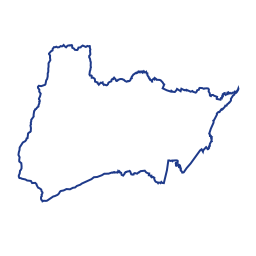 the district of Kui Buri, Prachuap Khiri Khan, Thailand, rotated 4°
{"feature_id": "78962969B26279095645158", "entity_name": "Kui Buri", "entity_type": "district", "adm_level": 2, "iso_a3": "THA", "parent_name": "Thailand", "parent_adm1": "Prachuap Khiri Khan", "projection": "equal_earth", "projection_center": [99.804, 12.111], "detail": "fine", "context": "isolated", "style": "outline", "palette": "blue", "viewbox_px": 256, "rotation_deg": 4, "n_neighbors": 0, "source": "geoboundaries", "source_scale": "gbopen_adm2", "svg_char_len": 5718}
<svg xmlns="http://www.w3.org/2000/svg" viewBox="0 0 256 256"><g transform="rotate(4 128 128)"><path d="M235.3,80.9L235.0,82.0L233.5,84.5L231.9,84.2L231.4,85.3L229.7,85.5L229.3,86.1L228.4,86.4L227.5,85.9L226.9,86.4L225.5,85.3L224.9,85.9L225.0,86.6L224.6,86.4L224.5,87.4L223.5,87.7L223.1,88.2L222.1,87.5L222.0,86.4L221.6,86.5L220.3,87.6L220.6,88.2L220.3,88.8L220.4,89.5L219.8,89.4L219.8,90.6L219.6,90.7L219.5,91.9L218.6,91.8L218.3,93.3L214.5,92.8L214.4,92.4L214.7,90.7L211.6,89.8L210.5,89.1L209.2,89.3L208.5,90.4L207.6,90.0L207.3,89.3L207.3,88.3L206.8,87.1L205.9,86.0L206.0,84.0L205.4,83.1L204.1,82.9L201.6,83.2L201.0,83.6L199.2,83.0L196.8,83.0L196.3,83.4L196.0,84.9L194.4,85.5L194.0,86.9L193.1,88.0L190.3,87.3L189.7,86.6L188.0,87.4L183.8,85.9L183.7,86.5L182.1,86.1L181.6,86.4L178.5,85.1L177.9,87.6L174.2,85.6L173.6,87.0L172.2,88.8L169.5,88.7L169.4,88.3L168.6,87.8L168.2,88.7L164.2,87.7L159.8,86.0L161.1,82.0L160.2,81.4L159.5,80.2L157.2,78.1L155.9,77.8L153.2,77.9L152.7,77.2L151.3,76.3L151.0,77.6L150.2,77.0L149.1,78.1L148.6,78.9L148.8,80.0L148.6,80.0L148.2,79.1L146.8,78.1L146.6,78.3L146.3,78.0L146.2,77.2L145.9,77.2L145.2,76.4L145.0,75.4L144.4,75.0L143.7,74.0L143.5,72.2L142.9,72.2L142.9,71.8L142.4,71.3L142.2,70.7L141.6,71.2L140.9,71.4L139.9,70.3L139.7,70.6L139.2,70.5L139.2,71.1L138.8,71.9L138.1,71.5L138.0,71.1L137.3,71.1L137.0,70.7L136.5,71.1L135.6,71.0L135.6,71.3L135.2,71.0L135.1,71.4L134.2,71.2L133.8,72.1L133.0,72.1L133.1,72.5L132.6,72.8L131.6,72.7L130.5,73.8L129.8,74.1L128.1,76.8L128.3,78.0L127.7,78.1L127.4,78.5L127.3,79.2L126.8,80.4L126.1,81.1L125.1,81.1L124.7,81.5L124.3,81.3L123.4,81.9L121.8,81.3L120.5,80.2L120.0,80.2L119.2,79.7L117.5,79.6L116.0,80.0L115.2,80.6L114.8,80.6L114.0,81.7L113.4,81.9L112.8,81.6L112.3,80.4L110.6,78.7L109.8,79.7L109.8,80.3L108.9,80.3L108.3,80.9L108.1,82.6L106.2,83.5L105.3,84.3L105.0,85.6L104.1,86.7L103.5,86.9L101.4,86.3L100.9,86.7L99.8,85.5L99.5,84.3L98.5,84.9L97.6,84.7L95.9,86.8L95.4,86.1L94.7,85.8L94.5,84.7L91.9,84.0L91.7,82.4L91.3,81.2L89.6,80.2L88.3,80.4L88.1,78.4L87.5,78.1L86.4,78.3L85.8,77.3L86.0,74.0L86.4,72.6L86.5,70.7L86.8,70.1L86.4,68.6L86.3,64.8L85.9,64.3L85.3,61.7L84.3,60.0L84.3,58.7L84.8,58.3L85.3,57.0L84.7,53.4L85.0,52.5L84.4,50.7L84.2,49.0L83.7,48.9L82.7,49.3L81.7,49.0L80.3,50.1L77.1,48.9L75.7,50.0L75.1,50.9L73.0,51.2L72.3,53.4L71.8,53.8L69.6,53.7L68.5,52.5L66.8,51.8L66.5,49.6L66.1,49.2L65.2,49.7L64.4,49.4L63.6,49.9L62.7,49.8L61.8,50.3L60.6,51.8L59.0,50.8L58.0,49.7L56.9,51.0L56.2,51.2L55.1,51.0L53.7,52.2L52.0,52.5L50.8,51.9L49.7,52.5L48.5,52.5L47.3,54.4L47.3,55.9L45.9,56.8L44.0,59.3L44.0,59.7L45.2,61.1L45.3,63.4L45.8,65.7L44.2,69.0L44.5,72.4L44.3,74.4L44.5,76.1L44.5,77.9L44.1,79.0L44.3,82.1L43.9,84.8L43.1,86.1L42.6,90.1L42.2,90.7L38.5,92.3L36.1,92.1L35.3,93.2L35.4,94.2L36.9,96.0L36.9,97.9L38.5,99.8L38.0,102.7L37.1,105.0L37.2,105.6L38.0,106.5L38.1,107.6L37.6,108.0L37.9,109.1L37.1,111.8L37.2,112.8L36.0,113.8L34.9,115.5L34.1,115.8L33.7,117.1L33.2,117.6L32.9,121.7L33.1,123.1L30.9,126.6L31.0,128.1L30.6,129.7L31.0,130.9L30.5,132.2L31.2,134.9L31.2,138.1L30.7,138.8L30.0,139.1L28.7,140.4L28.5,145.1L27.6,145.4L27.3,146.9L26.4,148.3L24.1,149.8L21.3,155.0L21.3,157.6L20.8,159.7L20.6,162.5L21.9,164.7L21.7,167.5L21.9,169.0L24.0,170.5L24.5,173.5L24.6,175.8L24.0,177.3L23.3,178.1L23.1,181.1L22.4,182.9L22.5,184.3L23.2,185.5L24.5,185.5L25.7,186.0L29.3,186.5L31.0,187.4L34.8,187.6L36.2,189.6L39.3,189.2L40.7,190.5L41.0,191.6L42.5,193.8L43.9,194.3L45.7,195.4L46.3,197.3L47.2,198.2L47.1,199.4L46.4,200.7L46.8,201.9L46.1,202.9L46.2,204.8L46.6,205.7L47.4,206.3L47.8,207.1L48.9,206.5L51.4,206.4L52.4,206.1L58.2,201.5L59.6,201.1L62.4,199.6L63.6,198.3L64.6,196.2L65.4,195.5L68.1,194.8L70.9,193.2L74.4,193.2L77.2,191.5L79.4,191.0L81.0,189.4L84.5,187.8L85.7,186.7L95.1,181.6L97.4,179.5L100.7,179.0L105.1,177.0L107.5,175.3L111.8,174.9L114.9,173.6L116.0,173.7L116.2,173.3L117.3,172.9L117.8,173.4L119.5,173.0L120.4,173.3L120.8,173.1L121.2,171.6L122.3,172.6L122.6,172.0L123.3,172.8L124.3,173.2L124.9,175.2L126.5,175.8L127.9,173.6L127.9,173.1L128.7,172.1L129.4,172.1L130.1,171.5L132.0,171.1L132.6,170.7L133.2,171.2L134.5,174.0L135.8,174.2L136.2,173.9L136.8,174.0L137.2,172.9L138.0,172.5L140.3,172.9L141.7,171.5L142.0,171.6L143.5,170.2L147.7,169.4L149.2,171.0L151.0,171.8L152.3,171.9L152.1,173.7L154.6,173.9L154.4,174.8L154.8,175.4L155.2,175.6L155.9,175.2L156.8,175.2L157.8,175.9L157.6,176.5L158.1,177.9L159.1,179.4L159.9,179.9L161.2,180.2L161.8,180.9L162.1,180.3L163.6,180.3L164.3,180.7L165.0,179.5L166.0,180.4L167.6,180.5L169.8,167.4L170.5,157.6L171.8,157.5L172.6,157.9L174.2,157.4L174.7,158.0L175.4,157.3L176.8,157.1L179.0,156.9L179.8,157.2L180.0,158.4L179.5,159.6L179.1,160.0L178.8,159.3L178.2,159.5L178.1,160.2L178.6,160.6L178.4,161.5L178.5,162.2L178.8,162.3L179.4,161.5L180.7,162.2L181.2,161.0L182.4,161.7L182.6,162.3L181.8,162.3L181.7,163.6L182.6,163.8L182.8,164.2L183.3,164.2L183.7,165.2L183.3,166.1L183.9,167.0L184.8,167.7L185.2,168.7L186.1,168.6L186.7,168.3L189.3,163.9L192.9,159.1L201.5,145.3L202.9,144.1L204.4,146.4L204.6,145.0L207.3,141.6L208.0,142.2L208.9,143.6L209.4,143.5L209.8,143.0L210.3,142.2L210.1,140.7L210.3,140.3L210.9,140.1L210.7,138.4L211.8,135.8L212.5,135.4L212.1,134.6L212.3,133.2L211.9,133.1L211.7,132.7L212.2,131.3L211.4,131.2L211.2,130.1L210.3,130.2L210.1,128.5L209.4,128.0L210.7,122.9L212.9,116.9L213.0,115.6L212.6,114.7L213.2,114.3L214.2,112.1L215.8,108.4L215.6,107.4L216.4,106.4L217.1,105.7L217.7,105.9L218.0,106.6L218.0,105.9L219.7,102.9L220.3,102.5L220.6,103.1L221.1,102.7L223.1,100.1L223.5,98.9L224.7,98.9L225.4,97.3L226.3,96.7L226.9,95.7L227.3,95.7L228.7,93.6L228.8,92.8L228.6,91.8L230.5,88.3L231.7,87.3L232.3,85.4L233.2,85.5L233.9,84.8L235.1,82.5L235.4,81.2L235.3,80.9Z" fill="none" stroke="#1e3a8a" stroke-width="2"/></g></svg>